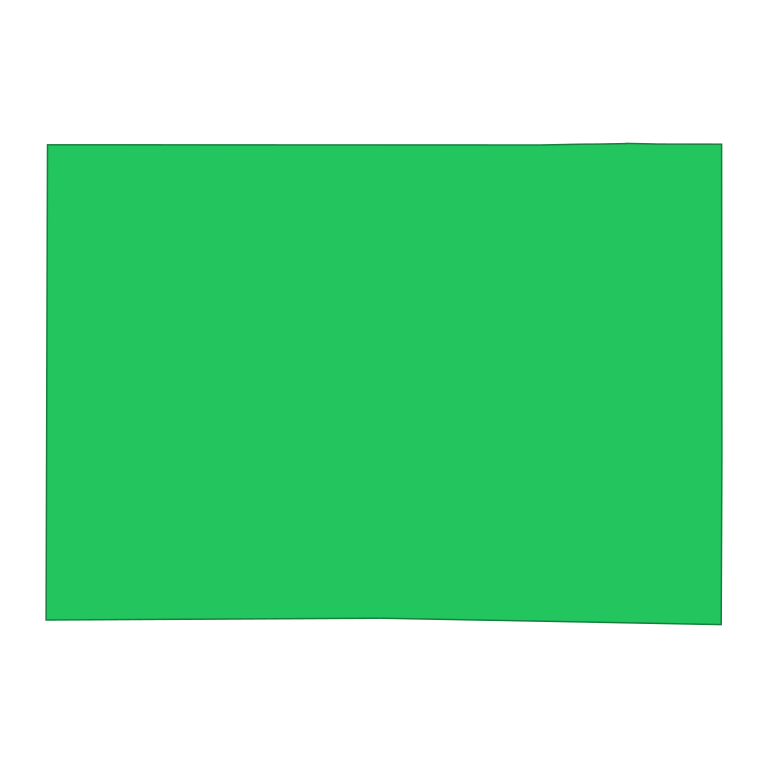 outline of Osceola, Iowa, United States of America
{"feature_id": "52423323B8294388422794", "entity_name": "Osceola", "entity_type": "district", "adm_level": 2, "iso_a3": "USA", "parent_name": "United States of America", "parent_adm1": "Iowa", "projection": "mercator", "projection_center": [-95.549, 43.378], "detail": "fine", "context": "isolated", "style": "filled", "palette": "green", "viewbox_px": 768, "rotation_deg": 0, "n_neighbors": 0, "source": "geoboundaries", "source_scale": "gbopen_adm2", "svg_char_len": 357}
<svg xmlns="http://www.w3.org/2000/svg" viewBox="0 0 768 768"><path d="M626.7,143.4L626.3,143.4L626.3,143.6L597.3,144.1L580.7,144.2L540.7,145.0L218.6,144.9L217.6,144.9L104.0,144.8L85.3,144.8L47.5,144.8L46.1,620.0L381.2,618.2L721.2,624.6L721.9,454.2L721.6,144.2L655.5,144.1L655.4,144.0L626.7,143.4Z" fill="#22c55e" stroke="#15803d" stroke-width="1.5"/></svg>